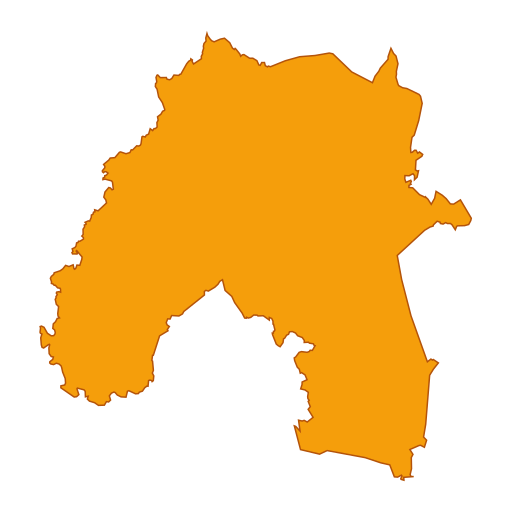 the district of La Manzanilla de la Paz, Jalisco, Mexico, rotated 181°
{"feature_id": "50627088B53940802277719", "entity_name": "La Manzanilla de la Paz", "entity_type": "district", "adm_level": 2, "iso_a3": "MEX", "parent_name": "Mexico", "parent_adm1": "Jalisco", "projection": "equal_earth", "projection_center": [-103.078, 20.026], "detail": "fine", "context": "isolated", "style": "filled", "palette": "amber", "viewbox_px": 512, "rotation_deg": 181, "n_neighbors": 0, "source": "geoboundaries", "source_scale": "gbopen_adm2", "svg_char_len": 6067}
<svg xmlns="http://www.w3.org/2000/svg" viewBox="0 0 512 512"><g transform="rotate(181 256 256)"><path d="M124.7,466.0L127.4,457.6L127.4,455.0L135.0,446.0L136.4,442.9L140.1,437.9L142.6,431.3L163.5,441.7L182.7,459.5L186.3,460.2L200.4,457.5L215.8,456.0L230.2,451.7L244.8,445.5L247.0,446.1L247.8,445.3L250.0,446.4L250.9,449.6L253.7,449.5L255.1,446.7L256.5,447.1L258.5,451.3L262.6,453.7L265.8,453.6L271.6,457.2L273.2,456.9L274.8,455.4L275.7,457.7L279.5,462.3L280.5,463.2L281.3,462.1L283.2,463.5L286.0,468.8L291.3,473.2L295.5,472.2L301.6,469.4L304.0,470.4L305.6,472.0L308.2,475.5L308.9,477.6L310.0,473.1L309.7,470.0L311.7,467.6L312.3,464.8L312.0,462.8L313.2,458.6L312.9,457.2L314.2,454.7L314.0,452.3L321.8,446.9L323.3,449.5L323.0,450.9L324.6,452.0L324.8,450.6L326.6,449.6L328.7,446.9L334.3,436.5L335.6,436.2L336.3,435.2L341.2,435.5L343.3,432.0L345.4,430.7L348.0,431.2L348.8,432.9L354.8,432.7L357.4,435.3L358.2,435.0L359.1,432.8L358.3,428.7L358.6,427.3L359.4,426.7L359.6,423.7L357.8,421.0L356.1,413.3L352.3,407.7L349.8,401.0L350.0,400.0L351.9,399.1L353.5,396.2L356.9,393.5L356.2,390.1L357.4,387.7L357.1,383.3L358.7,381.7L360.2,381.6L361.5,379.6L364.0,381.4L365.5,376.0L367.8,374.9L368.8,373.1L371.3,373.7L372.1,373.2L372.9,366.3L373.6,364.7L375.2,363.9L377.2,364.1L381.2,359.9L382.6,360.0L383.9,357.2L387.8,356.0L393.2,357.7L394.4,357.3L398.8,351.9L403.5,351.4L404.8,349.4L410.0,344.9L408.7,343.1L408.7,341.6L411.1,338.6L411.0,337.5L409.9,336.6L408.8,337.7L407.2,337.6L405.4,336.3L406.9,334.3L408.6,333.7L408.7,332.2L410.3,331.3L410.4,329.7L408.2,330.2L401.7,328.6L400.8,327.3L399.8,320.3L401.1,319.7L402.8,321.5L404.4,321.9L408.1,317.4L409.2,312.2L407.1,309.4L406.4,306.4L414.7,298.4L418.1,299.4L417.8,297.4L419.2,297.0L419.8,294.8L421.3,294.1L421.4,291.7L422.9,288.0L424.3,288.2L427.5,286.7L426.5,285.6L426.5,284.6L428.2,284.0L427.9,282.1L429.4,279.8L429.2,274.5L430.5,272.9L428.9,271.4L428.8,269.9L432.3,267.7L433.7,267.7L434.2,266.4L435.6,266.0L436.1,262.9L437.1,261.4L439.9,260.0L439.1,257.3L440.1,256.2L439.5,254.9L434.9,254.9L434.5,255.7L435.9,257.8L435.4,258.3L429.9,252.0L430.1,249.7L432.0,243.6L434.9,243.8L435.8,240.9L437.0,239.6L437.8,240.2L438.7,244.0L442.8,242.2L446.2,243.3L448.9,239.8L451.6,237.8L457.5,235.7L457.9,234.1L460.3,232.0L461.2,230.1L460.0,226.6L460.1,225.0L458.5,224.5L457.3,223.2L456.1,223.2L453.8,220.7L451.3,220.3L450.9,219.5L450.7,216.4L452.5,216.9L454.7,216.4L455.0,215.4L454.0,213.9L455.3,211.9L455.2,210.6L456.0,209.2L454.8,204.2L452.5,202.0L453.2,195.0L452.9,192.5L451.4,190.7L453.7,190.1L455.3,186.8L457.5,184.6L457.9,180.0L456.1,178.6L455.4,176.2L455.6,174.6L456.9,172.8L459.3,172.6L463.2,175.1L466.7,181.0L469.3,182.2L470.6,181.7L470.2,180.1L470.6,176.0L470.2,175.0L468.7,174.3L469.8,170.4L469.1,163.4L468.3,160.9L466.7,160.3L462.2,163.6L461.0,164.1L460.7,163.6L461.5,160.5L461.1,154.7L459.0,151.9L456.8,151.5L457.4,149.1L460.3,146.7L460.4,145.5L459.4,144.5L456.5,143.9L453.8,145.3L451.1,144.6L449.0,142.8L448.3,140.9L447.3,136.6L444.6,130.1L444.2,125.6L445.0,123.7L448.8,122.8L448.8,120.8L435.3,111.8L432.9,112.2L430.7,114.3L432.7,120.0L432.3,120.8L425.6,119.2L424.4,117.7L424.1,112.2L421.3,112.9L422.1,110.0L420.0,108.0L414.8,106.5L410.9,103.9L405.0,104.2L403.0,107.8L400.8,107.5L398.9,109.4L400.2,113.6L398.2,116.3L395.7,117.5L394.4,117.0L392.3,114.6L388.5,112.8L383.5,112.6L382.2,118.5L380.8,119.1L374.0,116.1L371.2,116.4L370.3,117.8L367.2,118.9L364.9,122.4L362.8,124.0L361.7,123.9L361.2,129.6L359.9,130.1L358.1,129.6L357.7,128.6L356.5,129.6L356.1,134.3L357.6,137.1L356.6,139.9L357.6,149.1L358.3,149.7L357.7,154.9L356.9,155.0L351.0,174.5L342.7,179.7L343.4,181.0L341.4,184.0L343.7,185.6L344.6,187.8L343.2,191.6L340.8,191.5L339.3,195.0L332.0,194.7L328.5,196.8L327.2,199.3L306.9,216.1L307.0,219.7L305.5,220.8L303.0,220.1L296.6,224.1L293.5,227.1L291.8,230.0L289.1,231.7L286.3,221.0L279.5,215.2L276.5,209.0L268.9,198.7L266.3,193.8L264.7,193.6L264.3,194.6L262.8,193.8L260.2,194.5L257.3,196.9L253.9,196.9L253.0,196.1L247.7,196.4L241.6,192.2L241.6,194.8L239.2,193.8L237.9,191.2L237.8,188.2L237.3,188.1L235.8,182.4L236.3,181.2L237.2,181.0L237.3,179.2L238.4,179.2L238.1,177.7L234.2,168.3L232.2,166.7L230.3,165.7L227.5,169.8L227.0,173.7L225.9,174.3L224.0,177.4L222.1,178.3L221.2,180.8L218.3,181.1L215.1,179.7L213.0,177.0L208.3,175.3L206.2,172.3L206.3,170.4L202.0,170.7L201.1,169.8L197.1,169.2L196.2,167.4L195.4,167.3L198.0,162.6L200.2,162.7L201.1,161.4L203.2,160.6L208.9,161.2L211.2,160.4L214.6,155.7L216.0,154.8L215.5,152.0L212.8,145.6L210.7,143.5L209.7,139.6L208.4,140.2L204.9,138.0L202.8,133.2L207.7,130.8L207.7,128.4L209.0,123.9L204.6,122.9L201.3,120.6L201.9,116.2L201.6,114.3L200.3,112.6L201.3,111.6L199.1,106.3L201.2,103.6L196.1,95.7L201.9,90.9L205.0,92.5L207.0,91.8L210.6,92.6L208.9,81.7L213.3,86.3L214.7,86.8L208.1,63.2L189.0,59.0L181.5,62.7L143.3,56.3L127.7,51.4L118.6,49.5L113.8,37.6L110.5,37.4L106.8,39.4L106.2,38.5L107.3,36.1L107.1,35.2L104.2,34.4L104.4,37.3L94.5,38.2L97.1,38.2L98.1,40.1L96.8,46.0L97.2,57.2L95.6,60.4L98.8,65.2L89.6,69.4L88.1,69.6L84.3,67.7L82.2,74.8L85.3,77.9L83.4,90.6L80.3,139.8L76.6,146.0L71.8,152.3L76.9,155.6L77.8,155.0L79.3,156.0L82.8,153.2L100.0,198.9L110.0,235.1L114.8,259.0L87.8,284.7L82.5,288.0L79.4,289.0L79.1,290.3L75.5,293.9L72.5,293.0L72.2,291.7L69.5,291.2L66.9,292.7L65.1,291.8L62.2,291.9L60.6,290.7L57.2,285.7L55.9,289.1L55.0,289.7L48.0,290.0L43.9,291.2L41.9,295.1L41.4,297.5L52.6,315.7L59.3,311.3L62.6,311.5L66.9,316.7L70.8,320.0L77.1,323.8L78.4,316.8L81.7,310.7L85.1,315.8L87.6,318.1L87.8,317.6L93.6,320.2L100.5,326.9L104.3,327.2L104.3,329.3L102.2,330.4L102.9,331.3L102.0,333.2L102.6,334.4L107.4,332.3L108.6,335.7L108.5,339.0L104.3,338.9L100.5,341.0L98.9,339.1L98.9,335.0L96.3,337.6L95.0,344.1L96.3,343.8L98.1,344.9L97.7,354.5L91.9,358.6L91.1,360.5L94.4,362.9L96.1,361.6L97.8,364.5L99.3,364.5L101.6,362.4L103.0,362.2L103.4,367.3L102.1,377.4L99.9,379.6L95.7,394.2L92.5,411.5L94.3,418.6L95.8,420.4L108.1,426.1L112.4,426.8L116.2,428.8L116.9,429.9L119.2,437.2L118.7,440.2L118.9,443.0L117.4,450.7L119.5,458.4L122.0,460.9L124.7,466.0Z" fill="#f59e0b" stroke="#b45309" stroke-width="1.5"/></g></svg>